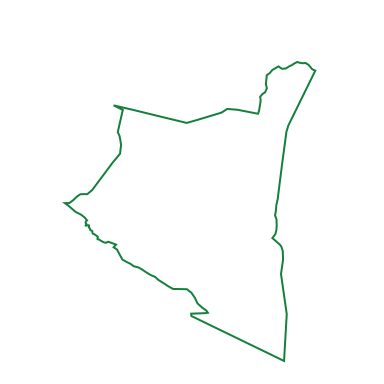 the district of San Juan Diuxi, Oaxaca, Mexico, rotated 191°
{"feature_id": "50627088B33658307136854", "entity_name": "San Juan Diuxi", "entity_type": "district", "adm_level": 2, "iso_a3": "MEX", "parent_name": "Mexico", "parent_adm1": "Oaxaca", "projection": "albers", "projection_center": [-97.381, 17.274], "detail": "fine", "context": "isolated", "style": "outline", "palette": "green", "viewbox_px": 384, "rotation_deg": 191, "n_neighbors": 0, "source": "geoboundaries", "source_scale": "gbopen_adm2", "svg_char_len": 1830}
<svg xmlns="http://www.w3.org/2000/svg" viewBox="0 0 384 384"><g transform="rotate(191 192 192)"><path d="M89.0,128.5L89.7,143.0L91.6,151.3L93.9,155.5L96.0,157.3L104.3,162.1L102.1,166.7L101.9,170.8L102.5,175.6L103.9,181.4L106.0,184.9L106.1,190.3L106.7,195.2L106.5,202.1L106.7,203.7L108.9,236.8L110.8,269.1L110.1,275.6L108.6,281.3L94.1,334.7L96.0,335.0L98.1,335.9L101.6,338.9L105.1,340.3L108.0,339.5L111.1,339.4L113.5,339.7L116.8,337.1L118.1,335.6L120.1,334.3L123.6,331.1L127.2,330.1L131.1,331.8L136.4,327.1L138.4,323.5L140.9,320.9L140.0,311.8L138.3,308.2L139.3,303.8L141.6,301.5L143.3,298.5L142.2,295.6L141.9,292.4L141.8,289.0L141.7,284.0L142.2,281.4L163.3,281.4L173.4,280.2L178.1,275.6L188.7,270.0L200.1,264.0L210.4,258.8L232.5,259.8L264.3,261.3L285.5,262.1L275.6,259.4L276.3,236.6L274.0,233.5L272.3,229.4L270.5,224.3L270.3,220.0L269.9,215.9L275.3,206.1L290.4,174.8L294.4,169.9L301.0,168.6L304.0,165.7L307.2,161.1L310.3,157.8L314.6,156.8L310.7,155.0L306.9,152.8L302.6,150.3L296.6,148.6L292.5,146.5L289.6,144.1L290.1,143.5L290.6,142.4L290.5,141.3L289.7,140.7L289.9,139.6L290.0,138.8L289.4,138.7L287.9,139.6L286.8,139.6L286.5,138.8L286.6,137.7L285.4,136.8L284.5,135.2L283.5,134.9L282.9,134.9L282.4,134.5L281.8,132.7L281.2,132.1L280.0,132.0L279.2,131.6L278.2,131.2L277.2,130.8L276.4,130.3L275.8,129.9L275.9,129.5L276.0,128.4L275.7,127.7L274.1,127.6L273.0,127.1L272.4,126.9L269.9,126.0L268.5,125.7L266.6,125.8L264.7,127.2L256.5,125.9L258.4,122.8L254.6,121.2L251.2,116.9L247.4,112.4L242.7,110.8L238.8,109.8L235.0,108.0L230.1,107.7L226.7,106.6L221.6,104.4L217.0,102.7L212.0,101.6L208.3,99.3L201.6,96.7L197.5,95.0L192.1,93.2L183.7,94.7L178.4,95.6L173.5,93.1L169.0,88.7L165.4,83.7L160.0,80.5L155.4,78.4L153.4,76.5L155.9,75.6L169.6,72.4L168.9,70.1L69.4,43.7L75.7,90.2L89.0,128.5Z" fill="none" stroke="#15803d" stroke-width="2"/></g></svg>